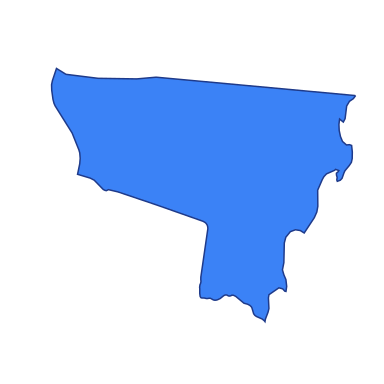 the border of River Gee, rotated 8°
{"feature_id": "LBR-1458", "entity_name": "River Gee", "entity_type": "County", "adm_level": 1, "iso_a3": "LBR", "parent_name": "Liberia", "parent_adm1": "", "projection": "natural_earth1", "projection_center": [-7.733, 5.165], "detail": "fine", "context": "isolated", "style": "filled", "palette": "blue", "viewbox_px": 384, "rotation_deg": 8, "n_neighbors": 0, "source": "natural_earth", "source_scale": "10m", "svg_char_len": 1806}
<svg xmlns="http://www.w3.org/2000/svg" viewBox="0 0 384 384"><g transform="rotate(8 192 192)"><path d="M339.8,73.8L340.3,74.3L338.8,77.1L335.3,80.3L333.2,85.3L333.4,98.1L332.1,101.7L328.0,99.2L328.1,104.6L329.2,110.6L331.3,116.4L334.0,121.0L338.4,123.9L341.4,123.2L343.6,123.7L345.2,130.1L346.0,136.6L345.7,140.5L344.0,144.0L340.5,149.7L339.8,152.0L338.7,157.6L337.2,159.7L334.4,161.2L333.7,159.9L333.7,157.3L332.7,155.1L332.4,153.3L333.9,151.6L334.4,150.3L331.0,149.6L330.3,150.6L322.7,155.3L320.5,158.4L319.3,161.5L316.2,172.7L318.6,188.7L318.4,194.4L316.7,200.4L308.8,217.0L304.6,215.1L299.7,215.0L294.9,217.6L291.2,223.7L290.5,229.6L292.8,249.2L292.4,256.5L294.5,261.2L297.2,265.7L298.9,272.3L298.9,277.4L297.7,277.3L295.3,275.3L291.4,274.8L282.5,283.0L282.4,286.2L284.4,296.7L284.0,300.6L282.4,307.6L282.3,310.2L282.2,310.1L281.3,309.3L279.1,308.0L273.1,306.3L271.4,305.4L270.0,304.0L267.5,298.5L266.7,297.4L265.2,296.3L262.8,295.4L258.9,294.9L249.9,289.3L247.5,288.5L245.9,288.6L245.0,289.3L244.1,289.7L243.1,289.9L242.1,289.7L240.9,289.2L239.9,289.2L238.8,289.6L237.9,290.2L234.7,293.6L232.4,295.1L231.3,295.6L229.8,296.0L228.2,295.9L225.0,294.7L223.9,294.8L221.9,295.4L221.1,295.5L219.1,295.3L217.8,295.4L216.5,295.6L215.5,295.4L214.6,294.3L213.8,291.4L213.1,286.4L212.8,285.3L212.8,284.0L212.8,282.8L213.2,281.4L213.3,280.3L213.3,279.1L212.9,277.6L212.6,275.0L212.8,226.1L212.4,224.3L211.7,222.7L210.4,221.2L209.3,220.4L207.1,219.5L159.5,209.9L118.6,202.2L108.9,201.3L107.0,202.6L105.7,202.5L103.8,201.9L93.5,193.9L89.2,192.4L76.2,190.4L76.9,179.7L76.6,174.3L75.4,168.9L74.1,166.0L65.1,150.3L44.5,125.8L43.0,123.4L41.4,119.5L38.9,110.6L38.0,105.3L38.3,101.0L40.6,88.5L50.8,93.0L83.1,92.5L121.5,87.7L140.5,83.3L339.8,73.8L339.8,73.8Z" fill="#3b82f6" stroke="#1e3a8a" stroke-width="1.5"/></g></svg>